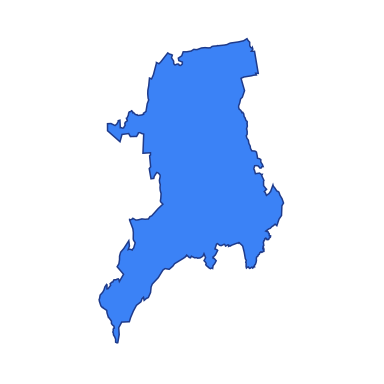 Laidu pag., Kuldigas, Latvia (Robinson projection), rotated 277°
{"feature_id": "27541924B42587812574717", "entity_name": "Laidu pag.", "entity_type": "district", "adm_level": 2, "iso_a3": "LVA", "parent_name": "Latvia", "parent_adm1": "Kuldigas", "projection": "robinson", "projection_center": [21.821, 56.751], "detail": "fine", "context": "isolated", "style": "filled", "palette": "blue", "viewbox_px": 384, "rotation_deg": 277, "n_neighbors": 0, "source": "geoboundaries", "source_scale": "gbopen_adm2", "svg_char_len": 6070}
<svg xmlns="http://www.w3.org/2000/svg" viewBox="0 0 384 384"><g transform="rotate(277 192 192)"><path d="M257.2,117.9L256.3,118.3L255.7,118.9L254.8,119.1L253.2,117.4L252.7,117.4L252.5,117.1L251.6,117.0L250.0,117.5L248.3,116.6L247.4,116.4L246.9,115.1L247.3,113.8L247.1,113.0L254.5,111.7L253.8,110.1L253.0,110.2L250.3,109.1L248.6,107.5L250.1,103.2L249.5,99.8L242.5,100.7L233.1,114.4L240.6,115.5L242.3,122.0L239.5,124.1L240.4,130.2L243.1,131.4L244.2,131.6L244.6,133.2L243.9,134.9L243.6,137.0L224.5,138.6L225.9,146.0L223.7,146.3L222.8,145.5L211.9,147.9L210.0,146.7L200.1,149.7L200.8,152.4L202.9,152.6L207.1,154.6L206.9,155.8L205.8,157.4L204.8,158.3L203.3,158.5L199.7,158.2L197.5,158.7L195.5,159.6L192.5,159.7L189.6,160.3L186.7,161.5L182.0,161.8L179.3,161.7L178.4,162.1L176.4,164.6L171.5,160.5L163.4,154.9L162.5,153.3L159.9,152.0L159.2,148.8L159.2,145.4L158.8,144.9L158.8,144.5L157.7,141.7L157.3,139.7L158.7,136.5L157.9,136.0L156.8,134.2L157.1,133.4L156.7,133.4L148.3,137.8L144.7,138.7L138.1,139.4L137.0,139.9L134.7,141.8L129.7,141.0L129.0,140.8L127.8,139.8L127.1,139.7L127.5,138.3L127.6,136.7L127.1,135.7L130.8,136.5L135.9,135.2L127.6,131.2L123.7,128.6L122.9,128.4L119.5,127.9L115.9,128.3L111.9,128.2L108.7,126.8L102.0,134.1L94.3,130.8L96.1,130.1L96.8,129.5L96.5,128.4L95.7,127.4L95.3,125.2L93.0,124.3L92.9,123.6L91.0,121.9L89.5,122.6L85.8,120.5L85.5,119.4L89.2,119.0L89.1,118.8L89.7,118.4L87.2,117.1L83.9,116.5L81.7,115.6L78.5,113.4L74.8,113.2L74.1,112.9L72.5,113.3L68.8,115.0L67.8,115.5L66.4,117.1L66.6,117.6L66.1,117.9L64.1,121.8L61.6,122.4L57.6,124.2L57.7,124.3L54.1,127.7L51.6,128.1L50.3,129.3L49.4,130.8L47.5,131.5L47.1,130.7L45.8,130.5L45.1,130.8L43.3,130.5L42.4,131.1L40.6,131.5L38.8,132.9L36.6,134.1L33.6,134.5L33.1,136.0L33.4,136.7L41.6,137.1L48.4,135.8L54.3,138.1L55.6,145.6L60.0,146.4L66.7,148.3L72.8,150.7L76.8,154.7L80.0,155.4L81.6,156.7L78.6,157.7L80.9,159.8L81.6,161.1L82.2,161.6L87.2,163.1L92.8,163.0L95.8,163.8L102.8,168.9L110.9,172.6L112.6,174.4L112.7,174.9L112.5,178.8L116.2,182.1L118.7,183.4L125.5,192.0L126.0,192.4L126.2,192.9L127.5,193.6L127.4,193.9L127.7,194.2L128.7,194.5L126.6,197.3L126.5,198.6L128.2,199.2L127.0,202.6L127.4,204.6L127.0,205.5L127.5,208.0L129.6,210.6L132.2,211.4L128.4,213.5L125.3,212.3L124.0,213.9L122.7,214.8L121.5,214.5L120.5,215.5L119.6,217.2L119.2,217.3L118.1,219.6L119.1,221.2L118.7,221.8L121.5,221.9L123.6,223.2L126.7,224.4L128.5,222.4L129.0,220.9L129.6,220.8L130.1,220.8L130.2,221.4L131.6,222.0L132.0,222.6L132.8,223.0L137.2,224.6L137.9,223.5L138.3,221.7L143.2,222.7L143.9,223.5L142.4,226.1L142.3,227.5L144.0,230.2L144.0,230.8L142.4,231.9L144.0,234.2L143.7,235.0L142.5,235.0L143.4,236.7L143.2,236.8L144.2,238.1L146.4,242.3L147.2,244.3L147.0,244.5L147.6,244.8L147.4,245.3L146.7,245.9L145.8,247.4L144.5,248.9L138.5,251.2L132.2,253.1L130.7,254.2L128.7,253.9L128.1,254.4L124.4,254.8L123.2,255.3L124.1,256.1L124.5,257.0L123.7,257.7L123.5,258.3L123.2,258.6L123.4,259.0L124.6,260.3L124.3,260.8L124.4,261.2L124.0,261.4L124.3,261.7L124.4,262.1L125.1,261.9L125.3,262.1L125.2,262.2L125.8,262.4L126.0,262.6L125.6,262.7L125.5,263.0L126.4,262.7L126.0,263.1L127.3,263.1L127.9,263.7L130.2,264.2L132.3,264.3L133.2,264.0L135.2,264.0L136.4,265.2L137.7,265.5L138.5,266.4L140.0,266.7L140.1,267.0L140.8,267.4L140.7,267.8L141.0,268.2L140.6,268.7L141.4,269.6L141.8,270.6L142.5,270.6L142.9,270.1L143.8,270.4L144.2,269.9L144.9,270.1L145.0,269.9L144.6,269.6L145.2,269.5L145.0,269.2L146.8,269.2L146.8,269.4L147.6,269.8L151.0,268.9L151.6,269.3L152.4,269.2L153.2,269.9L154.0,270.0L154.4,270.5L154.6,270.1L155.2,270.6L155.2,271.0L154.8,271.6L154.2,271.9L154.2,272.3L153.9,272.4L154.1,272.7L153.9,273.2L154.2,273.5L154.3,273.9L155.5,274.2L156.7,275.3L158.0,275.4L158.3,274.3L158.1,274.1L158.8,273.8L160.1,273.7L160.7,272.8L161.2,272.7L161.8,272.3L162.3,271.4L161.9,271.0L162.2,270.0L164.8,272.7L165.4,274.0L167.6,275.7L168.2,276.6L170.2,278.4L168.9,280.3L175.7,281.7L179.6,283.7L189.3,282.9L192.2,284.2L196.3,282.2L199.5,279.7L202.4,278.3L203.0,277.4L203.0,276.6L204.2,275.3L206.1,273.7L207.7,272.0L208.9,271.5L201.8,269.9L201.7,269.6L199.9,268.7L197.7,266.3L200.2,264.9L201.2,263.7L203.8,265.7L204.6,264.7L207.0,262.3L211.3,261.7L212.2,262.0L216.7,259.2L218.1,259.6L217.9,258.4L219.0,256.8L217.9,252.7L221.6,251.2L221.8,250.8L222.7,250.5L225.7,251.0L226.1,253.1L225.9,254.6L224.0,256.6L224.4,257.9L224.7,258.0L225.8,258.3L225.9,259.5L227.9,258.5L230.0,256.7L232.6,256.3L233.3,254.8L233.5,252.9L235.9,252.3L239.4,251.1L240.1,250.2L240.3,248.8L240.2,248.0L240.2,246.3L242.5,244.7L244.6,244.2L247.2,242.5L250.3,241.6L252.1,239.9L254.4,239.0L256.0,239.7L258.7,239.4L261.0,238.7L261.2,238.4L264.1,238.9L266.0,238.5L266.5,238.2L266.9,238.4L268.6,238.2L269.1,237.7L269.5,236.9L272.3,235.5L273.1,234.6L275.9,233.8L277.3,232.6L276.8,232.0L278.9,230.5L280.2,228.5L280.9,228.4L281.5,228.0L283.2,227.8L286.2,228.5L290.3,228.9L292.2,230.4L299.0,231.8L310.8,226.8L312.5,229.6L314.6,236.9L315.5,239.1L316.0,241.6L317.6,240.7L317.8,243.3L339.3,236.9L338.9,233.7L341.2,235.0L342.8,234.3L342.1,234.1L342.6,232.7L344.2,231.5L347.7,231.0L349.3,229.1L350.9,227.9L348.4,224.8L346.6,219.7L344.6,212.2L344.0,210.9L342.6,208.8L341.8,206.3L340.4,200.2L340.4,199.3L340.1,199.1L339.3,195.2L338.8,194.0L337.4,192.7L337.0,190.6L336.9,187.4L336.1,183.8L334.0,179.8L333.8,178.5L333.8,176.4L331.8,174.0L330.5,169.6L330.1,166.2L325.9,165.2L323.2,162.1L320.8,162.9L319.8,166.6L317.9,166.8L316.2,165.3L316.2,164.0L316.4,163.7L317.0,163.5L317.4,162.7L316.9,161.1L316.1,159.9L316.2,159.2L317.3,158.2L319.7,157.8L322.7,155.3L325.5,155.8L326.0,154.4L326.1,152.9L327.1,151.0L317.4,145.2L315.3,143.6L316.2,140.9L315.5,141.0L303.7,139.4L299.3,138.1L299.9,135.9L292.2,136.1L287.7,135.8L284.1,136.1L279.8,137.0L278.1,137.8L274.1,136.8L266.3,136.5L264.2,134.2L263.3,134.5L262.4,132.9L261.4,129.3L261.6,128.3L262.0,128.1L261.9,127.9L262.0,126.6L262.8,125.3L263.4,124.8L263.7,124.0L263.5,123.6L264.2,123.5L265.2,122.3L265.9,122.0L264.7,121.9L264.2,121.1L264.0,120.2L263.6,119.8L262.4,119.5L260.0,119.4L259.6,119.1L257.6,118.6L257.2,117.9Z" fill="#3b82f6" stroke="#1e3a8a" stroke-width="1.5"/></g></svg>